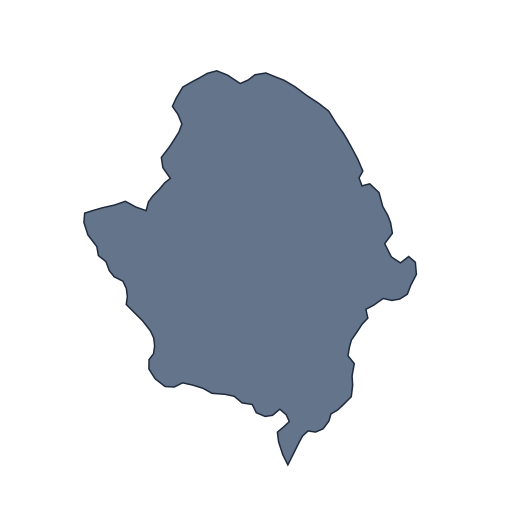 the district of Dores de Campos, Minas Gerais, Brazil, rotated 308°
{"feature_id": "56859067B85692850284281", "entity_name": "Dores de Campos", "entity_type": "district", "adm_level": 2, "iso_a3": "BRA", "parent_name": "Brazil", "parent_adm1": "Minas Gerais", "projection": "albers", "projection_center": [-43.994, -21.101], "detail": "fine", "context": "isolated", "style": "filled", "palette": "slate", "viewbox_px": 512, "rotation_deg": 308, "n_neighbors": 0, "source": "geoboundaries", "source_scale": "gbopen_adm2", "svg_char_len": 1674}
<svg xmlns="http://www.w3.org/2000/svg" viewBox="0 0 512 512"><g transform="rotate(308 256 256)"><path d="M381.7,313.9L382.9,301.2L376.5,296.3L381.0,289.1L388.7,287.9L395.0,276.5L400.0,265.2L404.0,255.9L406.7,248.8L409.8,238.0L414.9,224.1L414.9,211.5L413.7,196.8L413.4,182.6L411.8,170.1L409.2,161.3L406.3,151.1L398.2,143.6L390.0,141.5L382.2,137.4L381.0,122.2L377.8,111.1L370.0,105.2L362.3,102.1L354.0,98.4L344.1,94.3L331.3,95.9L322.4,98.0L319.6,107.2L314.4,116.3L306.4,118.9L298.1,119.8L288.7,120.6L275.4,120.7L268.3,128.2L264.4,140.7L257.4,139.0L248.5,138.7L240.2,137.7L232.5,137.9L224.1,141.5L220.6,131.2L218.7,119.4L209.0,113.1L199.2,105.1L190.6,98.9L184.3,94.6L176.5,99.7L169.1,110.6L165.4,124.8L159.3,131.5L159.2,141.2L154.1,149.5L152.3,157.0L154.2,166.6L150.6,173.8L144.7,179.7L137.9,183.6L136.6,194.1L135.1,206.6L131.9,219.2L128.4,225.9L122.6,231.6L115.9,235.4L108.5,235.5L101.0,241.2L97.1,252.2L97.2,264.8L102.5,272.3L110.8,276.2L115.2,285.3L119.0,295.4L120.7,305.9L128.0,316.8L132.0,325.1L131.7,335.6L136.7,344.4L132.7,352.7L135.2,362.0L140.6,367.1L149.9,369.1L149.5,377.6L146.0,384.2L137.8,382.9L130.4,381.3L123.4,388.3L116.0,399.3L111.0,409.7L121.5,407.6L135.2,404.8L142.9,403.5L150.2,404.7L153.9,411.3L161.2,415.3L170.7,415.1L177.7,412.3L184.8,415.1L192.9,416.4L203.8,417.7L213.6,411.8L220.6,405.6L231.7,399.7L234.0,389.9L241.4,385.9L248.5,382.9L257.7,382.4L267.6,381.6L275.9,382.4L281.6,375.4L290.3,379.2L300.8,382.4L304.6,390.4L310.6,395.8L319.1,398.8L328.1,396.0L340.3,393.7L349.2,385.4L349.6,376.6L339.5,374.1L338.6,363.2L345.0,349.8L357.9,349.5L364.9,341.8L369.2,334.8L373.0,325.5L381.7,313.9Z" fill="#64748b" stroke="#1e293b" stroke-width="1.5"/></g></svg>